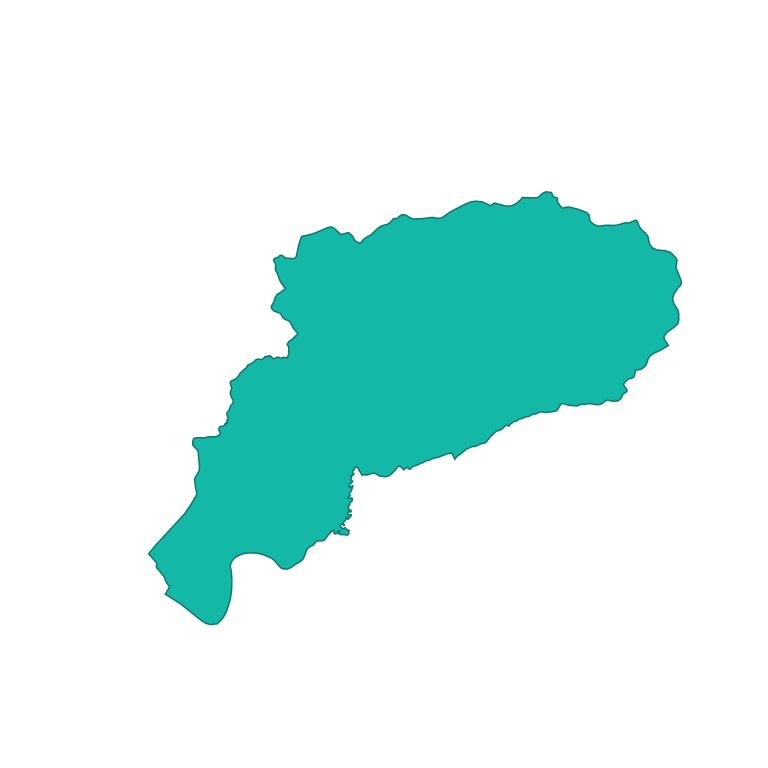 the district of Thap Put, Phangnga, Thailand, rotated 49°
{"feature_id": "78962969B9320754412882", "entity_name": "Thap Put", "entity_type": "district", "adm_level": 2, "iso_a3": "THA", "parent_name": "Thailand", "parent_adm1": "Phangnga", "projection": "mercator", "projection_center": [98.637, 8.519], "detail": "fine", "context": "isolated", "style": "filled", "palette": "teal", "viewbox_px": 768, "rotation_deg": 49, "n_neighbors": 0, "source": "geoboundaries", "source_scale": "gbopen_adm2", "svg_char_len": 6149}
<svg xmlns="http://www.w3.org/2000/svg" viewBox="0 0 768 768"><g transform="rotate(49 384 384)"><path d="M497.2,315.7L497.5,310.9L499.1,307.7L499.1,305.0L500.6,302.5L501.5,299.0L503.3,296.4L503.9,294.5L504.1,291.8L506.2,289.1L507.7,284.1L511.6,280.6L516.2,273.9L517.4,271.4L517.1,269.2L515.5,264.6L515.6,262.5L516.2,261.6L521.2,258.6L526.8,253.2L527.6,252.1L528.5,248.5L530.8,246.0L533.7,241.7L539.7,236.5L541.0,234.5L541.7,232.9L542.2,227.0L542.8,225.7L546.6,223.1L549.8,219.3L550.4,217.8L550.5,215.1L548.5,210.3L549.0,206.2L548.8,205.3L547.9,204.5L547.0,204.3L542.5,204.0L541.4,203.3L540.6,200.9L540.7,195.8L542.2,193.3L542.7,191.0L541.6,188.8L539.3,186.2L538.8,184.9L541.4,180.5L541.8,179.2L541.8,174.5L540.7,171.9L538.2,168.1L537.6,166.1L537.4,163.7L538.0,159.5L539.9,153.2L541.5,144.0L534.2,143.1L532.1,141.8L531.5,140.5L530.7,135.8L531.5,128.2L531.4,123.2L530.5,121.3L528.8,119.3L524.5,115.6L521.7,113.9L513.7,112.5L510.6,111.4L509.1,110.3L507.5,108.2L506.1,105.4L504.6,100.3L504.0,95.3L503.2,93.4L500.0,91.6L487.5,87.2L482.7,81.6L480.5,81.0L474.2,81.2L471.6,81.9L467.8,84.4L461.7,90.2L456.8,92.3L452.4,91.6L445.5,87.9L441.5,87.7L437.8,88.3L433.5,88.2L426.4,86.0L425.6,86.4L425.2,87.2L423.5,92.7L420.1,97.1L417.2,103.6L415.8,105.6L409.6,112.6L405.8,118.3L403.7,119.8L401.0,120.9L397.5,121.6L396.2,121.4L394.5,120.7L392.1,118.9L390.6,118.3L387.4,118.6L379.1,123.1L372.2,127.9L370.1,130.5L368.5,133.8L367.9,134.1L364.8,134.1L360.2,133.5L359.4,133.1L358.3,131.6L356.9,131.3L354.3,133.2L352.7,133.1L350.3,132.2L348.9,132.3L345.3,135.6L344.2,138.5L344.2,145.8L343.1,147.4L334.0,157.3L334.6,159.3L334.6,164.7L333.9,168.7L332.9,171.4L330.7,174.1L328.8,175.9L320.0,181.8L319.6,182.9L319.6,186.4L311.0,190.4L306.4,194.6L303.6,198.8L301.4,205.2L297.7,220.6L296.7,229.7L296.2,231.8L295.5,233.1L293.6,235.2L290.0,238.2L283.4,247.9L278.5,253.8L275.5,255.3L271.2,256.6L269.0,258.2L268.0,259.6L267.6,261.4L267.6,265.1L267.2,266.3L265.7,267.8L265.4,268.8L266.1,272.1L265.8,276.6L263.2,281.7L262.4,286.0L262.8,296.5L261.8,300.5L261.4,305.1L262.1,308.5L262.0,309.4L260.6,310.6L258.1,311.6L255.9,311.7L252.1,310.8L246.5,311.3L243.2,318.0L242.6,318.4L233.7,319.5L231.2,320.4L229.2,323.4L225.0,336.4L222.4,342.5L218.8,348.8L219.2,350.5L222.5,356.3L230.3,366.7L230.6,368.7L230.0,370.3L227.6,372.3L225.4,374.8L223.6,376.0L220.4,376.4L219.4,377.1L218.6,378.4L219.0,380.4L218.0,382.6L217.5,385.1L217.8,385.7L218.9,386.6L221.5,387.0L222.9,387.6L226.4,390.9L227.8,391.5L230.6,391.9L236.9,394.5L240.2,395.2L247.1,395.8L247.4,396.2L246.4,406.3L247.3,409.6L249.7,413.2L251.5,418.2L253.0,419.2L256.7,419.2L262.2,416.1L263.3,415.9L267.6,416.9L270.5,416.2L273.1,414.7L274.8,414.2L283.0,415.9L289.5,415.9L290.0,423.0L289.6,428.1L290.5,430.8L291.2,431.4L293.2,431.4L295.9,433.3L296.8,434.6L297.9,435.0L299.0,436.4L300.6,439.7L300.3,440.5L297.9,442.3L296.6,445.4L294.5,446.0L293.7,447.1L293.1,449.6L291.9,451.1L287.9,451.3L287.8,452.9L286.4,453.3L286.5,454.2L285.3,455.9L285.7,458.7L285.3,460.2L282.5,462.8L281.7,464.3L281.9,469.2L280.4,474.5L280.4,475.1L281.4,476.8L281.5,478.6L281.1,480.4L281.5,483.3L281.3,484.8L282.6,489.2L282.8,491.3L282.6,494.1L281.7,496.3L281.5,498.2L282.2,499.3L287.5,501.9L289.3,505.3L290.3,506.3L292.5,507.3L297.8,508.9L298.7,509.6L299.2,510.5L299.9,514.3L301.8,517.3L302.8,521.7L303.7,522.5L307.0,523.9L308.4,525.2L308.1,526.5L310.4,527.2L310.6,528.4L309.8,528.5L309.5,529.2L310.3,530.0L310.0,530.6L310.6,531.2L310.5,532.2L310.3,533.1L308.6,535.5L308.8,537.3L310.4,538.9L313.6,539.7L314.4,540.6L313.9,544.5L311.8,547.7L309.0,550.7L306.2,555.7L301.5,560.8L300.5,562.9L300.6,564.2L302.1,566.3L304.7,568.4L307.4,568.5L311.5,568.1L313.3,568.8L325.1,577.3L327.9,580.1L328.6,581.4L331.0,588.6L331.6,589.4L338.2,594.0L344.4,597.3L348.0,607.9L351.1,619.2L355.8,661.7L357.7,673.0L370.2,673.0L372.6,675.8L373.3,676.1L385.3,676.3L388.5,677.7L392.1,678.6L396.3,678.8L399.2,687.0L415.1,682.1L442.2,677.1L446.3,676.0L448.7,674.9L451.8,672.6L455.6,667.1L455.2,660.9L454.4,657.5L452.3,652.0L447.1,643.5L444.6,640.0L439.2,633.9L432.2,627.5L426.7,623.2L420.5,619.4L419.4,618.2L418.3,615.8L417.7,614.0L417.3,611.0L417.9,607.1L419.5,601.9L422.2,597.5L427.8,591.3L433.5,587.1L440.6,583.7L442.5,583.0L445.8,582.4L451.4,582.7L455.8,582.3L458.6,580.4L460.3,578.1L461.6,574.4L461.9,569.6L463.1,563.8L463.2,561.4L462.8,559.3L458.8,551.6L457.9,548.8L458.1,546.5L459.2,543.1L458.5,539.8L458.5,538.1L459.3,536.5L461.9,533.5L462.8,531.2L461.2,524.7L460.9,519.4L461.2,518.6L461.8,518.2L464.0,519.6L465.3,519.2L466.0,517.3L465.0,515.4L465.3,514.0L466.3,514.0L466.4,515.5L466.9,516.1L467.7,516.2L468.9,515.8L471.8,512.6L473.9,511.1L474.2,509.7L473.8,508.8L472.2,507.4L471.9,506.5L470.6,506.8L468.9,507.7L467.2,507.4L466.6,508.4L466.7,509.9L466.3,510.3L464.8,510.0L463.2,510.4L462.1,509.9L461.5,508.9L461.7,507.8L464.5,507.0L464.7,506.7L464.2,506.3L462.4,506.5L462.0,506.2L461.5,502.3L460.7,500.6L459.6,499.7L459.9,499.2L461.6,500.2L462.6,499.9L461.8,494.8L461.4,494.5L460.7,494.6L460.6,495.5L459.8,496.3L458.5,496.5L457.5,496.1L457.4,494.0L458.6,493.4L458.8,492.4L456.8,491.8L455.4,493.4L454.4,492.1L453.3,491.9L452.7,489.5L451.3,487.0L451.3,484.7L450.2,483.3L448.9,483.0L448.1,484.6L447.0,485.8L446.5,486.0L445.9,485.8L446.3,483.0L444.2,481.9L443.3,479.2L440.7,474.4L440.0,474.5L439.5,477.7L438.5,477.7L437.3,476.2L437.0,471.7L436.3,471.4L434.4,471.8L433.0,469.5L431.4,469.3L431.5,468.8L432.5,467.7L432.6,466.5L431.7,465.4L430.8,466.0L430.3,465.9L428.9,463.8L429.1,462.4L428.5,461.8L428.0,459.9L428.3,459.4L430.8,458.6L432.0,458.9L432.7,459.6L435.6,459.8L438.2,460.5L439.2,459.3L439.6,457.6L440.6,457.5L441.5,456.7L444.6,449.8L451.1,447.4L455.0,443.6L456.4,440.8L456.8,437.9L456.2,431.1L455.6,429.0L455.6,427.0L456.5,425.7L461.7,425.4L461.9,421.4L465.3,420.6L465.1,417.7L465.5,415.6L467.1,411.7L468.0,408.2L468.9,406.3L469.5,402.8L471.0,400.2L472.3,396.0L475.0,390.8L478.3,381.7L479.2,380.7L480.4,378.1L487.3,379.9L486.7,377.3L486.6,374.6L487.1,372.5L487.2,364.5L489.1,358.6L491.1,355.6L493.1,349.4L494.6,346.7L494.9,345.3L493.6,338.5L493.3,330.7L495.4,325.0L495.1,319.2L495.6,318.5L497.8,317.3L497.8,316.8L497.2,315.7Z" fill="#14b8a6" stroke="#0f766e" stroke-width="1.5"/></g></svg>